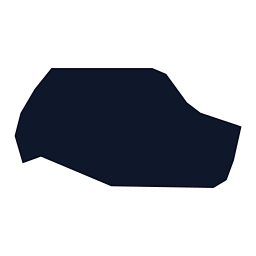 the border of Paris
{"feature_id": "FRA-5333", "entity_name": "Paris", "entity_type": "Metropolitan department", "adm_level": 1, "iso_a3": "FRA", "parent_name": "France", "parent_adm1": "", "projection": "albers", "projection_center": [2.343, 48.859], "detail": "fine", "context": "isolated", "style": "filled", "palette": "ink", "viewbox_px": 256, "rotation_deg": 0, "n_neighbors": 0, "source": "natural_earth", "source_scale": "10m", "svg_char_len": 313}
<svg xmlns="http://www.w3.org/2000/svg" viewBox="0 0 256 256"><path d="M23.1,162.3L15.4,135.9L21.2,113.3L35.2,89.5L51.8,68.8L152.2,68.8L165.8,74.6L186.5,103.0L200.1,113.4L240.6,127.0L233.2,160.1L226.0,179.6L213.3,187.2L111.4,185.5L40.9,155.8L23.1,162.3Z" fill="#0f172a" stroke="#020617" stroke-width="1.5"/></svg>